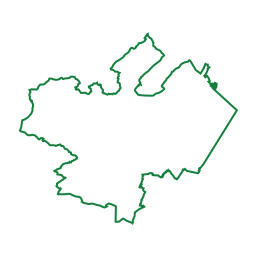 outline of Kampar, Riau, Indonesia, rotated 93°
{"feature_id": "22746128B8837306932395", "entity_name": "Kampar", "entity_type": "district", "adm_level": 2, "iso_a3": "IDN", "parent_name": "Indonesia", "parent_adm1": "Riau", "projection": "albers", "projection_center": [101.167, 0.32], "detail": "fine", "context": "isolated", "style": "outline", "palette": "green", "viewbox_px": 256, "rotation_deg": 93, "n_neighbors": 0, "source": "geoboundaries", "source_scale": "gbopen_adm2", "svg_char_len": 5780}
<svg xmlns="http://www.w3.org/2000/svg" viewBox="0 0 256 256"><g transform="rotate(93 128 128)"><path d="M80.0,44.5L79.2,46.2L80.8,47.7L79.9,47.8L77.5,50.1L76.8,48.8L73.7,50.2L71.9,51.8L73.2,53.5L71.9,54.5L70.1,53.1L65.2,51.2L64.6,51.5L63.3,50.0L62.2,51.6L60.6,51.6L60.7,52.5L59.9,54.0L64.3,55.5L69.8,58.4L66.6,63.3L59.7,67.9L57.3,69.7L57.1,70.3L57.6,70.5L58.6,71.7L59.5,74.7L60.4,76.6L61.7,78.4L64.7,80.2L65.6,81.6L65.9,82.7L67.4,84.4L69.2,85.8L69.6,87.1L70.1,87.4L71.6,87.5L75.4,90.5L76.6,91.9L78.3,92.5L80.1,94.0L84.0,96.4L84.8,96.4L86.1,94.5L86.7,93.9L87.3,93.9L89.6,96.3L91.3,99.1L92.1,101.8L94.2,104.4L94.5,105.8L94.7,112.1L94.6,117.1L94.2,119.7L90.6,122.8L89.9,123.0L88.7,122.8L84.5,119.6L84.9,119.4L83.8,118.7L84.2,117.5L82.3,118.1L80.7,119.0L79.6,119.3L78.5,118.8L77.2,117.7L76.2,117.4L75.6,116.3L74.2,115.4L71.7,112.8L70.5,111.1L64.2,105.7L59.3,99.8L58.5,99.1L55.8,97.9L53.7,95.8L52.2,96.9L51.1,98.5L50.0,99.0L49.0,100.2L47.4,104.0L45.8,105.2L44.6,107.1L41.5,107.1L41.0,107.7L39.3,108.1L38.6,109.0L37.5,109.4L37.0,110.7L35.6,112.2L34.9,112.6L34.9,113.0L33.0,113.2L33.4,113.9L35.7,115.0L37.5,116.2L37.9,116.0L38.3,114.8L40.1,115.7L41.1,117.0L42.4,119.4L42.6,121.3L45.1,122.9L46.0,124.1L46.9,124.2L47.9,124.9L48.6,126.2L47.6,128.3L48.2,129.3L49.1,130.0L51.1,130.7L52.5,131.6L54.5,134.3L55.5,135.3L57.0,136.0L58.2,137.3L61.0,140.9L62.5,143.4L65.4,145.8L68.2,147.0L69.5,148.4L70.5,148.0L70.8,145.8L72.4,143.7L72.3,141.5L73.1,140.6L73.3,139.3L75.2,140.4L76.7,139.9L77.9,140.8L79.0,140.8L79.4,140.0L81.5,140.7L83.0,140.7L83.5,139.1L84.2,138.5L86.5,138.2L88.4,137.5L89.0,137.7L89.5,138.4L91.2,138.9L92.2,140.3L93.5,141.0L94.7,142.6L94.2,143.5L94.2,144.3L95.2,145.2L94.9,146.7L95.2,148.3L94.8,149.2L95.7,150.1L95.7,150.8L94.4,153.8L94.6,154.4L93.6,155.4L92.1,154.9L91.3,155.0L88.7,157.2L86.5,157.3L85.9,158.2L86.8,159.1L86.3,160.4L84.4,161.2L85.4,162.5L85.2,164.0L85.5,164.9L86.3,165.1L87.1,166.0L87.5,167.4L88.2,167.9L88.5,169.2L89.0,169.3L89.7,169.0L90.5,167.5L90.8,167.2L92.6,166.9L93.2,166.5L93.7,166.8L94.0,167.5L95.9,168.6L96.1,170.0L95.0,172.6L95.5,176.7L92.3,179.3L92.0,179.8L92.5,181.5L92.3,181.8L92.1,181.6L91.2,181.7L90.5,182.8L90.0,182.7L89.7,181.3L88.5,180.3L86.6,179.9L86.2,178.8L85.6,178.4L84.5,178.9L83.2,180.0L82.0,181.6L81.8,182.7L80.8,183.5L80.0,183.7L79.6,186.1L79.7,187.7L81.2,189.3L81.9,193.8L82.4,194.9L82.4,195.6L81.3,196.8L81.6,197.9L82.7,198.8L83.5,201.2L83.6,203.6L82.7,207.1L82.7,209.0L84.8,209.8L87.3,212.8L88.5,213.6L89.1,215.5L89.2,217.9L91.7,219.8L93.1,220.0L94.0,220.6L94.5,221.8L94.2,223.3L94.5,224.3L94.4,226.2L95.1,228.3L97.2,227.2L99.7,228.3L100.7,228.2L101.8,227.6L104.0,227.6L104.8,227.2L106.0,225.3L106.6,225.2L106.6,225.9L108.4,224.5L110.7,223.9L114.0,224.5L115.5,224.2L118.8,225.4L122.4,228.3L124.8,231.5L125.9,234.0L133.1,234.7L136.3,235.8L137.0,234.7L137.8,230.7L140.0,228.3L140.4,227.4L140.4,225.2L139.8,223.2L140.2,220.7L140.7,219.8L141.5,219.2L141.9,218.4L142.9,217.7L144.0,216.3L143.9,215.7L142.7,214.5L142.5,213.3L142.7,212.6L143.2,211.8L144.6,212.8L145.5,212.3L145.6,211.8L145.1,210.9L145.3,209.9L147.3,207.0L149.0,205.4L149.3,204.5L149.1,201.8L149.3,199.8L149.7,199.1L148.7,197.2L148.5,196.1L148.0,195.2L148.1,194.7L149.5,193.5L149.4,192.1L149.7,191.5L152.0,190.0L152.5,187.8L154.0,186.0L155.0,185.8L155.5,183.7L156.8,183.6L157.4,183.1L158.0,181.1L158.1,179.3L158.8,178.3L160.0,177.4L161.3,177.6L161.2,178.1L162.7,179.5L162.9,180.5L163.6,181.0L164.0,182.4L165.4,183.2L164.8,184.6L166.0,185.2L165.9,186.6L166.3,186.9L166.4,188.2L167.3,190.7L170.2,193.1L171.3,193.0L171.6,193.3L173.2,197.1L174.1,197.9L174.6,199.3L175.2,199.1L175.2,197.9L175.9,196.3L177.0,196.0L178.0,196.1L178.5,191.8L180.4,190.1L180.9,187.9L181.6,188.3L181.8,189.3L182.8,190.0L183.1,190.7L187.2,196.0L188.6,195.8L189.6,196.4L190.1,196.3L192.0,193.5L192.0,193.0L191.7,192.5L192.0,192.0L193.0,192.2L195.0,193.9L195.8,193.9L197.3,194.6L198.4,194.6L198.1,194.5L197.8,193.1L197.4,187.0L196.8,183.8L196.9,182.4L199.0,177.3L199.4,173.2L199.8,172.2L200.6,171.2L202.2,170.4L203.2,170.0L204.0,170.3L204.1,169.7L205.0,168.8L206.1,162.8L205.4,160.8L205.6,158.0L206.6,154.7L206.8,152.2L208.3,148.6L208.6,147.3L207.8,145.6L207.7,146.0L206.4,146.0L204.5,143.5L204.5,142.5L205.9,138.1L206.8,136.0L222.2,135.5L222.3,134.8L221.9,131.9L218.7,128.3L218.7,127.8L220.7,124.6L222.1,119.9L223.0,118.5L221.5,118.0L220.0,118.4L215.7,116.8L211.9,116.7L208.3,112.3L205.8,107.6L204.7,108.7L205.2,109.8L205.2,110.4L204.8,110.8L204.8,112.1L203.2,111.9L202.8,111.1L202.4,111.0L199.0,110.8L198.8,110.2L198.4,110.4L197.0,109.7L196.1,109.4L195.4,108.9L194.0,108.9L191.1,107.4L190.2,108.8L189.0,109.8L187.9,109.7L187.5,109.4L187.1,110.7L186.6,111.0L186.8,111.3L186.3,112.7L186.8,113.0L186.6,113.4L185.4,112.9L185.0,112.5L185.1,112.3L184.1,111.7L184.3,112.7L180.0,111.0L179.1,111.0L178.2,110.4L177.7,111.0L174.9,110.8L174.9,110.6L173.8,111.1L172.9,105.1L172.4,104.8L171.9,103.8L171.8,102.2L171.9,101.5L172.7,100.6L173.1,100.5L173.2,101.1L173.8,100.9L173.8,95.3L174.1,95.1L174.5,94.3L175.0,94.0L175.0,93.5L175.6,92.5L175.2,92.1L175.2,91.0L174.6,90.8L174.7,91.7L174.0,91.1L173.5,91.0L173.2,90.2L172.7,90.2L172.7,90.6L172.4,90.6L171.7,90.0L171.7,89.6L171.1,89.5L170.6,88.7L169.9,88.3L170.1,88.0L170.5,88.0L170.3,87.7L168.6,86.9L168.9,86.2L168.2,85.8L169.1,85.4L169.0,84.8L168.5,84.6L169.3,83.5L171.3,82.4L173.1,80.5L175.6,78.8L176.0,78.1L175.9,77.4L176.6,76.7L176.4,76.1L169.5,72.0L167.7,71.0L166.9,71.2L166.4,70.8L166.9,70.0L165.9,69.0L167.8,66.9L169.5,55.5L167.7,54.6L167.0,55.1L166.5,54.2L165.9,54.3L165.7,54.7L165.1,55.0L164.3,54.4L164.4,53.9L164.0,53.5L160.2,50.8L104.6,20.2L84.0,45.2L82.2,46.6L80.0,44.5ZM80.0,44.5L80.9,43.3L82.0,43.3L82.0,44.2L84.8,44.1L84.8,43.0L83.1,43.0L83.1,42.3L82.1,42.3L82.1,41.9L79.2,41.8L78.3,43.6L80.0,44.5Z" fill="none" stroke="#15803d" stroke-width="2"/></g></svg>